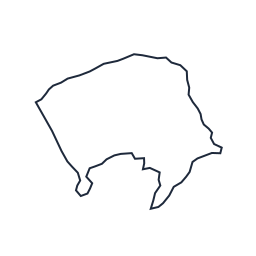 Jumirim, São Paulo, Brazil (Albers equal-area conic projection), rotated 285°
{"feature_id": "56859067B92437086932539", "entity_name": "Jumirim", "entity_type": "district", "adm_level": 2, "iso_a3": "BRA", "parent_name": "Brazil", "parent_adm1": "São Paulo", "projection": "albers", "projection_center": [-47.796, -23.1], "detail": "fine", "context": "isolated", "style": "outline", "palette": "slate", "viewbox_px": 256, "rotation_deg": 285, "n_neighbors": 0, "source": "geoboundaries", "source_scale": "gbopen_adm2", "svg_char_len": 1027}
<svg xmlns="http://www.w3.org/2000/svg" viewBox="0 0 256 256"><g transform="rotate(285 128 128)"><path d="M198.0,170.1L202.2,162.3L202.5,153.0L205.9,146.5L203.0,138.4L202.0,123.1L200.8,114.7L193.7,105.5L190.1,100.5L183.7,87.9L177.0,81.0L172.7,76.4L166.2,67.4L160.1,56.9L154.5,51.6L149.5,44.7L144.8,41.6L140.2,40.0L133.3,36.9L129.0,32.3L105.5,55.4L88.5,69.8L80.0,78.1L76.2,83.9L71.8,91.1L64.9,95.4L59.3,93.9L54.3,93.9L50.1,100.0L54.2,105.8L59.8,107.0L65.4,107.7L70.2,100.3L79.2,101.4L82.3,106.0L86.7,112.1L92.2,115.4L98.0,121.9L101.1,127.7L104.7,138.1L100.1,142.7L103.0,151.3L98.1,152.8L92.0,153.1L95.1,159.4L93.3,170.1L85.9,171.0L80.8,174.1L72.1,171.0L64.6,171.2L55.9,170.9L59.6,177.8L64.4,181.3L73.4,185.3L83.0,187.4L89.3,193.6L96.0,196.8L101.5,198.9L111.9,199.1L116.6,203.0L125.6,215.5L127.5,223.7L133.3,223.6L134.8,215.3L139.9,210.5L145.3,210.4L148.3,206.1L151.0,200.3L155.3,196.8L160.3,194.5L164.9,190.3L169.8,183.9L175.9,177.9L182.8,176.7L189.8,172.7L198.0,170.1Z" fill="none" stroke="#1e293b" stroke-width="2"/></g></svg>